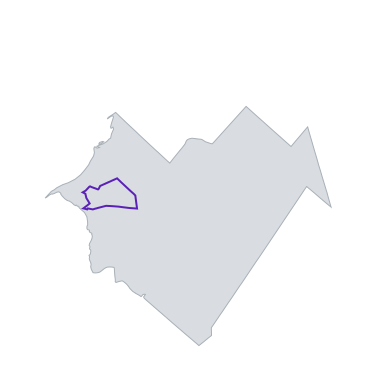 Boutilimitt, Trarza, Mauritania (highlighted), rotated 43°
{"feature_id": "47542326B79459539986617", "entity_name": "Boutilimitt", "entity_type": "district", "adm_level": 2, "iso_a3": "MRT", "parent_name": "Mauritania", "parent_adm1": "Trarza", "projection": "orthographic", "projection_center": [-14.406, 17.884], "detail": "fine", "context": "in_parent", "style": "outline", "palette": "violet", "viewbox_px": 384, "rotation_deg": 43, "n_neighbors": 0, "source": "geoboundaries", "source_scale": "gbopen_adm2", "svg_char_len": 3839}
<svg xmlns="http://www.w3.org/2000/svg" viewBox="0 0 384 384"><g transform="rotate(43 192 192)"><path d="M171.3,317.3L170.9,317.1L168.8,315.7L167.8,314.0L166.1,312.7L163.9,311.8L162.4,310.9L161.7,309.8L160.9,309.0L160.0,308.7L159.9,308.3L160.1,307.7L159.9,306.7L158.5,304.4L157.3,303.4L156.3,303.6L155.7,303.3L155.3,302.8L155.1,302.1L154.4,301.4L153.2,301.2L152.2,299.5L151.4,296.4L150.4,294.0L149.2,292.3L148.3,291.7L147.7,291.5L147.5,291.3L147.3,290.8L146.4,290.6L145.1,291.1L143.9,291.0L143.3,290.1L142.5,290.0L141.4,290.7L140.3,290.5L139.1,289.4L138.4,288.3L138.2,287.3L136.1,285.1L132.0,281.8L127.4,280.3L122.6,280.5L119.8,280.4L119.2,279.8L118.6,279.9L118.0,280.5L117.4,280.6L116.7,280.3L116.3,280.5L116.1,281.4L114.4,281.8L111.1,281.8L108.5,282.3L106.5,283.3L103.6,283.7L99.9,283.5L97.7,283.1L97.0,282.5L95.9,282.4L94.5,282.7L93.3,284.3L92.2,287.2L91.3,288.8L90.6,289.2L89.8,291.4L89.3,295.0L88.7,296.6L88.7,287.5L89.8,284.2L90.2,281.2L92.5,274.7L95.3,269.4L97.8,262.3L98.8,255.4L98.5,248.6L97.9,242.6L96.6,238.6L95.5,232.9L93.8,229.8L90.6,227.2L89.9,225.6L90.6,225.0L92.6,224.7L93.9,222.6L91.2,223.4L94.3,217.1L95.3,212.8L95.2,210.0L95.8,208.2L93.5,204.4L91.8,199.6L90.9,198.9L89.9,198.5L89.8,199.6L89.3,200.6L88.1,200.0L86.2,196.5L83.5,190.8L82.5,190.2L81.7,191.0L81.2,191.7L80.2,196.4L79.9,194.5L80.4,192.3L81.1,189.7L81.9,185.9L84.3,185.9L88.6,186.0L97.2,186.1L101.5,186.1L110.1,186.1L114.4,186.2L123.0,186.2L127.3,186.2L135.9,186.2L140.2,186.1L148.8,186.1L153.1,186.1L156.0,186.0L155.8,183.4L155.6,181.3L155.4,178.4L155.2,175.6L155.0,172.8L154.8,170.1L154.7,167.4L154.5,165.0L154.3,162.7L154.1,161.4L153.1,158.8L152.9,157.6L153.2,156.2L153.8,154.9L155.4,152.6L157.9,150.8L160.8,148.7L162.9,147.1L164.1,146.7L167.5,146.1L170.2,144.9L172.8,143.7L173.9,143.0L174.0,140.8L173.2,92.5L186.0,92.3L189.3,92.2L212.9,91.7L216.3,91.6L233.4,91.2L233.3,88.9L233.1,85.6L232.9,81.2L232.7,76.7L232.3,68.8L232.2,65.5L235.6,67.6L242.6,71.8L246.0,73.8L253.0,78.0L260.0,82.1L266.9,86.3L270.4,88.3L274.0,90.4L277.5,92.5L281.0,94.5L288.0,98.6L291.0,100.3L295.5,103.1L299.8,105.7L304.0,108.2L297.7,108.6L289.3,109.0L283.5,109.2L277.6,109.5L272.1,109.8L272.8,114.3L273.6,119.2L274.4,124.2L275.2,129.1L276.0,134.1L278.4,149.0L279.2,153.9L280.0,158.9L280.8,163.8L281.6,168.8L283.2,178.7L284.0,183.7L284.8,188.7L285.6,193.7L286.3,198.6L287.1,203.6L288.7,213.6L289.5,218.5L290.3,223.5L291.0,228.5L291.8,233.5L292.6,238.4L293.4,243.4L294.1,248.4L295.7,258.4L296.4,263.3L297.2,268.3L298.0,273.3L298.7,278.1L301.1,280.5L304.1,283.6L303.4,288.2L302.7,293.6L301.8,299.6L293.9,299.9L286.0,300.3L266.4,301.1L262.5,301.2L242.8,301.9L238.9,302.0L231.3,302.3L229.0,302.2L228.2,301.7L227.8,298.7L227.2,298.9L226.4,299.8L226.0,300.8L226.2,302.1L226.1,303.2L223.5,303.6L220.1,304.5L216.5,305.1L212.9,305.0L211.6,304.8L210.3,304.4L207.4,304.0L205.8,304.0L204.0,304.1L201.9,304.4L201.2,305.0L199.6,307.3L198.1,310.0L197.1,310.0L195.9,308.6L192.7,305.9L188.9,302.4L187.1,300.6L186.2,300.4L184.4,301.7L182.9,303.0L181.3,304.7L180.5,306.4L180.0,308.4L179.7,310.7L179.2,313.4L177.9,315.6L176.3,317.3L175.2,318.1L174.7,318.5L171.3,317.3ZM92.6,218.7L91.4,220.6L90.8,219.9L90.7,218.6L91.7,216.8L92.3,215.8L93.2,215.5L92.6,218.7Z" fill="#d9dde1" stroke="#a8b0b8" stroke-width="1"/><path d="M127.9,233.1L120.7,250.2L121.6,253.3L121.6,253.6L121.5,254.2L115.6,256.7L115.2,256.9L113.6,257.4L113.3,258.3L113.3,261.6L113.3,263.5L112.3,266.8L115.2,266.0L118.5,268.2L118.7,268.4L125.0,270.2L124.4,274.2L123.7,278.1L125.1,277.3L127.2,276.2L127.0,275.1L131.4,272.3L132.5,270.3L132.9,269.8L133.0,269.5L133.3,269.2L133.5,268.8L133.7,268.4L133.8,268.2L134.0,267.9L134.3,267.4L134.5,267.1L138.6,260.7L139.8,259.7L142.4,257.5L148.1,252.9L151.2,250.7L157.0,246.5L163.1,241.6L152.9,233.2L150.4,233.1L146.2,233.2L133.5,233.2L127.9,233.1Z" fill="none" stroke="#5b21b6" stroke-width="2"/></g></svg>